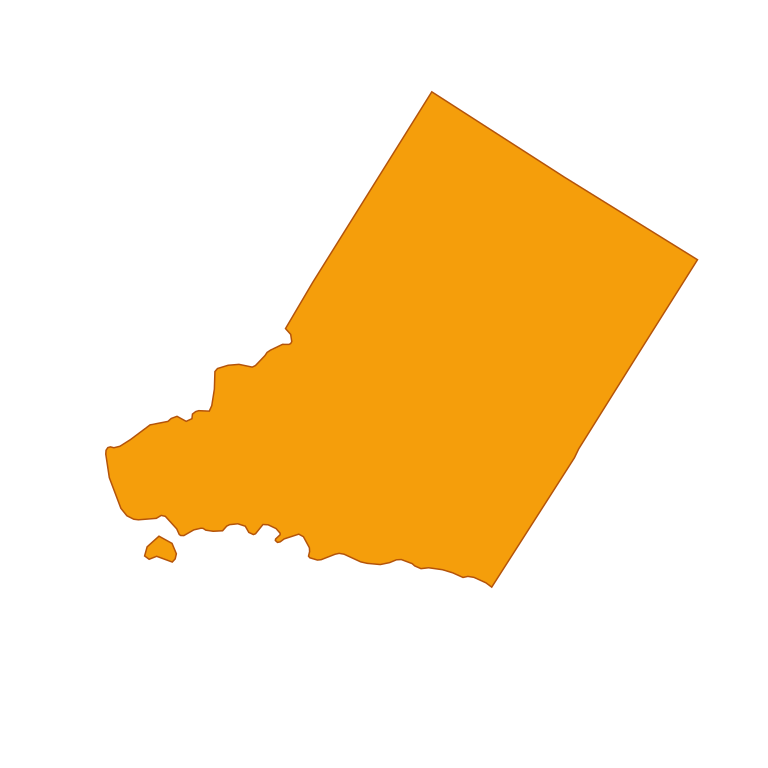 outline of Bayfield, Wisconsin, United States of America, rotated 212°
{"feature_id": "52423323B38033489940557", "entity_name": "Bayfield", "entity_type": "district", "adm_level": 2, "iso_a3": "USA", "parent_name": "United States of America", "parent_adm1": "Wisconsin", "projection": "equal_earth", "projection_center": [-91.063, 46.578], "detail": "fine", "context": "isolated", "style": "filled", "palette": "amber", "viewbox_px": 768, "rotation_deg": 212, "n_neighbors": 0, "source": "geoboundaries", "source_scale": "gbopen_adm2", "svg_char_len": 1552}
<svg xmlns="http://www.w3.org/2000/svg" viewBox="0 0 768 768"><g transform="rotate(212 384 384)"><path d="M498.3,657.1L498.3,432.3L496.9,378.8L489.4,376.6L484.7,371.1L484.6,368.8L485.6,367.2L491.1,363.8L498.1,352.8L499.9,348.8L500.0,345.1L502.8,331.5L504.7,328.5L517.4,323.8L526.1,317.3L533.4,308.9L534.0,305.0L525.1,289.7L518.6,274.4L517.8,268.4L527.0,263.2L529.1,260.8L530.5,257.0L528.5,252.8L532.0,247.5L542.4,246.9L546.2,242.0L547.4,237.8L560.7,225.4L569.6,202.4L575.0,191.2L579.3,186.8L582.7,185.7L584.5,183.7L584.6,180.5L582.8,177.1L567.3,159.0L541.2,139.1L532.2,136.0L524.6,136.7L520.3,138.7L505.9,149.4L503.3,154.5L499.3,155.9L483.0,151.3L477.9,147.9L476.1,147.8L473.4,149.4L468.0,159.5L462.8,164.7L460.9,165.7L457.7,165.6L450.8,168.6L443.1,174.0L442.1,180.1L440.4,182.9L433.9,188.0L426.3,189.9L420.0,186.5L415.0,187.1L413.6,188.9L412.2,200.7L407.7,203.2L398.9,204.2L393.0,202.4L392.2,201.1L393.8,195.1L393.2,193.7L390.4,193.2L388.4,195.1L386.6,199.7L376.7,211.5L371.4,211.8L360.5,205.6L358.3,202.5L356.8,198.0L354.8,197.3L347.2,199.4L344.2,201.7L335.2,213.8L332.3,216.6L327.7,218.5L309.5,220.8L303.2,223.0L291.5,228.9L284.6,235.5L280.3,241.5L276.3,244.3L264.9,246.6L261.6,246.0L254.8,247.0L248.8,251.8L236.0,257.5L225.6,260.3L214.5,261.8L210.9,265.3L205.2,267.7L192.2,269.4L185.0,268.8L183.4,422.3L184.5,432.2L184.4,542.9L184.0,655.5L341.0,655.0L498.3,657.1ZM469.2,120.8L468.4,125.0L470.1,130.0L479.3,136.5L494.2,135.7L498.6,120.4L495.9,111.3L490.3,110.9L485.5,117.4L469.2,120.8Z" fill="#f59e0b" stroke="#b45309" stroke-width="1.5"/></g></svg>